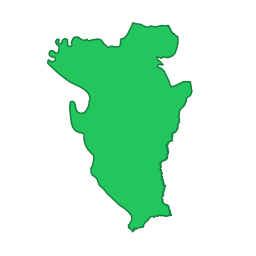 the district of Mueang Ubon Ratchathani, Ubon Ratchathani, Thailand, rotated 81°
{"feature_id": "78962969B98641080977503", "entity_name": "Mueang Ubon Ratchathani", "entity_type": "district", "adm_level": 2, "iso_a3": "THA", "parent_name": "Thailand", "parent_adm1": "Ubon Ratchathani", "projection": "albers", "projection_center": [104.866, 15.298], "detail": "fine", "context": "isolated", "style": "filled", "palette": "green", "viewbox_px": 256, "rotation_deg": 81, "n_neighbors": 0, "source": "geoboundaries", "source_scale": "gbopen_adm2", "svg_char_len": 5741}
<svg xmlns="http://www.w3.org/2000/svg" viewBox="0 0 256 256"><g transform="rotate(81 128 128)"><path d="M177.7,101.4L177.3,102.1L176.9,101.8L175.7,102.2L174.6,101.6L174.1,102.1L174.2,102.6L172.8,102.6L172.2,101.7L171.6,101.8L171.3,101.3L170.5,101.4L170.4,101.8L168.9,101.9L168.6,102.3L168.4,102.0L168.6,101.5L168.0,101.6L167.8,101.0L167.3,100.8L167.1,100.4L166.7,100.5L166.1,99.1L165.6,99.1L165.8,98.7L165.8,97.3L165.4,97.2L165.2,96.9L165.1,96.0L165.2,95.8L165.6,96.0L165.6,95.8L164.9,95.1L164.2,95.2L163.9,94.7L164.2,93.9L164.0,93.7L163.2,94.1L162.4,93.3L162.0,93.4L161.9,93.8L161.0,93.8L159.8,93.1L159.8,92.4L159.1,92.1L158.6,92.5L157.8,91.7L157.2,92.1L157.2,92.5L156.7,92.6L156.3,92.1L156.1,92.3L155.8,92.2L155.6,92.6L155.5,92.4L155.6,92.1L155.3,91.8L154.9,92.2L153.7,91.7L153.4,92.6L152.6,93.1L152.0,93.1L151.9,92.5L151.4,92.9L151.3,92.3L150.9,92.1L151.2,91.7L150.3,91.0L149.9,91.1L149.7,90.9L149.3,91.1L148.8,90.8L148.8,90.4L148.4,90.6L148.1,90.1L148.6,90.0L148.1,89.3L147.6,89.3L147.8,88.4L147.4,87.8L147.5,86.2L146.0,86.4L145.1,85.7L144.1,86.6L143.7,86.6L143.5,85.9L143.0,85.1L142.6,85.5L142.1,85.2L141.7,85.2L141.6,85.7L141.4,85.7L141.3,85.2L140.7,84.7L140.1,84.5L140.2,83.5L139.4,83.0L139.6,82.2L138.9,82.0L138.9,81.3L138.6,81.0L138.4,80.4L137.1,79.6L136.8,79.7L136.6,79.1L136.0,79.1L135.8,79.4L135.3,79.2L135.0,78.6L134.5,78.6L134.0,78.2L132.6,78.3L131.8,78.0L131.4,77.2L130.1,76.2L129.5,76.3L129.3,76.6L128.5,76.5L127.9,75.7L125.6,76.1L125.3,76.4L124.8,76.0L124.5,76.1L124.1,75.7L123.6,75.9L122.9,75.4L121.8,75.4L121.3,75.0L120.0,74.7L119.5,74.3L118.3,74.0L118.2,73.3L116.9,72.6L116.7,71.8L115.8,70.4L115.6,69.7L114.9,69.6L114.1,68.5L113.8,68.8L112.9,67.8L112.2,67.7L111.0,66.3L108.9,66.0L108.0,65.6L107.0,64.6L106.0,62.0L105.4,61.3L104.0,60.2L101.3,59.0L99.4,59.4L97.0,59.0L94.5,59.3L92.1,59.2L91.1,64.1L91.0,66.2L93.5,74.7L94.1,77.5L94.1,78.6L91.4,79.8L87.6,80.3L77.6,83.4L75.3,85.0L74.2,86.0L73.2,87.5L72.7,89.5L70.1,88.4L70.4,86.1L71.1,84.5L70.9,83.6L67.0,86.3L65.6,87.9L62.6,88.5L62.9,86.7L63.4,85.4L64.2,84.7L64.1,83.4L63.5,82.6L63.4,82.1L63.6,80.6L64.6,78.7L64.7,77.1L64.6,75.7L63.8,73.9L63.8,72.5L63.2,72.2L61.4,69.8L56.9,67.4L52.0,65.4L46.1,64.5L45.9,64.9L45.4,64.8L44.9,65.8L43.7,66.6L43.1,67.6L42.2,67.5L41.9,67.8L41.9,68.7L41.7,69.0L41.2,69.0L40.7,69.9L40.0,69.7L38.7,70.5L37.7,70.4L37.0,70.9L36.5,70.8L35.9,71.2L35.6,71.0L35.0,71.3L35.1,72.0L33.9,72.2L33.6,71.8L33.0,72.4L33.0,75.2L32.0,78.8L32.5,84.7L31.2,88.6L30.8,91.0L31.6,91.8L31.6,92.3L30.9,94.5L27.5,99.6L26.0,104.8L24.9,106.4L25.3,107.1L27.2,107.9L36.1,114.4L38.5,117.6L38.9,119.1L39.0,120.8L39.4,121.4L42.3,122.0L44.9,122.7L45.9,123.6L46.4,124.9L45.7,128.7L44.5,131.3L44.6,132.5L45.4,134.1L45.4,134.9L41.4,138.4L36.9,140.8L36.3,141.5L35.4,143.6L35.4,149.4L35.8,153.5L35.5,154.0L33.9,154.8L34.6,156.7L34.2,158.7L33.0,160.6L30.4,163.1L30.1,163.9L30.0,165.7L30.4,167.6L30.8,168.0L35.0,170.8L36.4,170.2L37.2,170.4L38.1,171.3L38.3,172.9L37.8,173.8L36.5,174.4L35.2,174.5L32.2,174.0L31.3,174.2L30.5,175.0L30.1,175.8L30.0,176.8L30.7,178.5L31.3,179.1L33.9,180.3L34.3,180.9L34.3,181.5L33.8,182.8L32.9,183.3L32.1,183.2L30.4,182.3L29.9,182.3L29.4,183.3L29.6,184.5L30.8,185.7L31.6,186.0L32.4,186.0L34.1,185.4L36.1,183.7L37.5,183.3L38.6,183.5L42.6,185.3L43.1,186.2L42.8,187.6L42.3,188.2L40.3,189.6L39.7,191.2L39.8,192.3L40.1,193.0L40.9,193.8L41.9,194.2L43.5,194.2L44.4,193.9L45.7,192.4L47.0,189.2L48.0,188.6L49.0,188.8L50.4,190.3L50.9,191.9L50.6,193.1L49.0,194.9L48.5,196.0L50.2,197.0L51.8,197.0L63.6,187.7L71.5,180.3L74.0,177.5L80.0,168.6L83.8,164.5L86.4,162.4L87.6,161.8L89.3,161.2L91.7,160.9L93.2,161.0L95.3,162.0L99.0,163.0L100.6,163.8L104.8,167.1L105.9,168.8L106.3,170.3L106.0,172.8L105.2,174.2L104.2,175.3L102.2,176.2L100.2,176.5L96.7,176.4L94.2,177.3L93.5,177.9L93.0,179.1L93.0,180.1L93.4,180.8L94.1,181.2L96.6,181.6L96.7,182.0L97.9,182.3L106.4,182.9L112.6,183.1L115.9,182.9L118.3,182.5L121.4,181.1L122.8,179.9L124.8,176.7L126.2,173.5L127.1,172.6L128.0,172.4L130.4,172.9L134.3,173.2L138.1,172.7L142.9,171.0L149.6,166.4L151.3,166.2L154.1,166.8L158.6,168.6L159.1,169.0L159.4,169.0L161.3,170.1L161.6,170.7L162.7,171.1L166.2,171.3L167.6,171.1L169.2,170.3L172.3,167.2L174.5,166.3L177.5,166.0L180.0,165.1L181.2,164.4L183.6,162.2L190.0,158.4L193.3,155.7L202.3,149.0L207.5,143.5L211.3,140.5L213.6,139.0L215.2,138.4L216.6,138.3L218.2,138.4L219.5,138.8L221.3,140.0L223.2,141.5L223.9,142.3L223.8,142.6L225.4,143.0L226.3,142.9L227.2,142.5L228.3,141.1L231.1,139.5L229.9,137.7L228.3,138.0L227.9,137.8L227.9,137.4L229.2,135.9L228.6,134.7L228.2,133.1L228.1,128.2L227.4,127.9L226.3,128.0L224.7,126.2L223.5,125.5L222.5,122.8L221.8,122.5L219.0,119.5L219.2,118.7L219.0,118.3L219.4,117.2L220.3,116.2L219.2,115.2L219.7,113.4L219.5,112.7L219.8,112.1L219.4,111.2L218.8,110.9L219.8,109.4L219.6,106.9L220.4,106.5L220.6,104.6L221.1,104.5L221.2,103.3L220.8,100.9L221.0,99.0L220.1,98.9L220.1,99.6L219.7,100.4L219.1,100.0L218.7,99.5L218.3,99.8L217.3,99.2L216.8,99.3L216.9,99.9L216.4,99.6L215.4,99.6L215.1,100.3L213.5,100.1L213.2,100.4L211.9,99.9L211.4,100.6L210.8,100.6L210.6,101.6L209.8,101.7L209.7,102.7L209.2,103.0L208.8,104.0L208.2,104.5L206.9,105.0L206.3,105.9L205.9,105.8L205.5,105.2L204.4,104.7L203.5,105.1L203.3,105.4L202.1,105.7L200.7,104.9L200.6,103.7L199.9,103.6L199.6,103.3L198.6,104.1L198.0,104.1L197.2,102.9L197.0,103.1L197.1,103.5L196.7,103.7L196.0,102.7L195.1,101.9L194.8,101.8L194.4,102.1L193.8,101.3L193.3,101.1L192.8,101.5L192.2,101.4L191.6,101.1L191.6,100.5L191.1,100.6L191.0,100.2L190.3,100.4L190.3,101.5L189.2,102.2L188.6,102.1L188.5,101.3L188.3,101.2L186.8,101.7L185.1,101.3L184.9,102.1L184.6,102.3L184.0,102.0L183.7,102.6L183.3,102.0L181.2,101.8L181.1,102.4L180.8,102.5L180.0,102.4L178.6,101.5L177.7,101.4Z" fill="#22c55e" stroke="#15803d" stroke-width="1.5"/></g></svg>